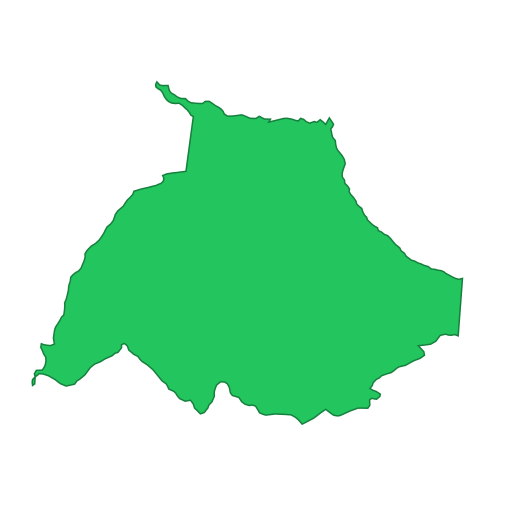 the district of Poranga, Ceará, Brazil, rotated 276°
{"feature_id": "56859067B70222133799440", "entity_name": "Poranga", "entity_type": "district", "adm_level": 2, "iso_a3": "BRA", "parent_name": "Brazil", "parent_adm1": "Ceará", "projection": "robinson", "projection_center": [-41.066, -4.8], "detail": "fine", "context": "isolated", "style": "filled", "palette": "green", "viewbox_px": 512, "rotation_deg": 276, "n_neighbors": 0, "source": "geoboundaries", "source_scale": "gbopen_adm2", "svg_char_len": 4165}
<svg xmlns="http://www.w3.org/2000/svg" viewBox="0 0 512 512"><g transform="rotate(276 256 256)"><path d="M197.7,465.4L255.3,463.7L254.0,460.1L254.5,456.9L255.8,453.1L257.4,449.4L258.5,446.6L259.9,444.5L260.8,441.6L260.9,438.2L261.4,435.6L261.4,431.6L263.5,428.4L264.3,423.9L265.4,420.9L266.0,417.8L267.4,414.7L268.2,410.6L269.7,408.3L271.4,405.4L274.2,403.3L276.5,399.6L279.0,398.2L282.1,393.4L284.9,390.5L287.6,387.8L290.1,384.7L290.9,381.4L292.9,378.4L294.1,374.9L296.8,373.9L297.9,371.1L299.3,368.5L301.5,365.7L303.6,363.0L306.1,362.0L307.9,359.7L310.9,357.7L314.4,356.2L316.2,353.2L318.2,350.7L321.0,349.7L324.4,346.8L327.3,343.6L329.7,341.9L332.4,342.0L335.2,339.7L337.5,336.8L340.7,336.1L343.4,333.7L346.7,333.0L350.3,333.5L353.0,334.1L357.0,335.1L361.3,333.7L364.7,331.2L367.4,328.6L369.8,326.1L372.0,324.7L375.3,323.6L379.1,322.8L381.9,319.9L384.9,318.7L387.3,318.0L390.2,317.1L392.7,318.7L395.2,319.3L401.0,314.5L394.1,311.5L396.4,308.6L398.3,305.6L395.3,302.7L395.8,299.8L393.7,295.5L394.9,291.9L396.8,289.2L397.6,286.0L394.7,283.9L395.0,281.1L395.8,277.6L396.2,272.6L395.7,269.2L390.5,254.7L393.6,256.1L393.1,250.0L395.3,244.6L392.8,241.7L392.5,238.6L392.4,235.5L393.9,230.9L394.9,227.0L393.9,223.1L392.8,218.5L392.1,213.0L394.0,209.5L396.5,208.1L398.3,206.2L399.9,203.5L401.3,199.9L403.3,196.4L404.9,193.3L404.5,189.4L402.2,187.2L401.8,184.5L401.6,180.3L401.6,175.4L402.7,172.4L405.2,169.4L404.8,164.8L405.9,161.1L407.7,158.2L409.2,154.7L411.1,152.8L413.3,151.8L416.4,150.7L415.7,145.1L416.0,142.3L418.8,139.2L416.1,138.3L413.7,138.8L412.3,140.9L410.8,144.0L408.6,146.1L404.8,148.3L401.9,150.9L400.4,153.1L399.3,156.1L399.2,159.7L399.9,163.5L397.9,167.4L395.9,169.8L394.2,172.3L391.5,174.9L389.1,176.7L388.2,179.1L332.9,177.5L332.2,174.6L331.5,171.7L330.7,168.4L329.7,163.6L328.3,158.6L326.3,154.8L323.8,156.2L320.7,156.0L318.2,153.9L317.1,151.5L315.7,149.3L314.7,146.3L313.1,142.2L311.8,138.3L310.3,134.1L309.0,131.1L307.7,127.9L304.1,126.9L300.5,124.2L298.5,122.4L295.4,120.6L291.7,118.9L289.0,116.3L286.4,113.8L282.7,111.8L279.4,111.1L276.5,110.4L273.0,108.4L269.4,104.9L266.2,103.5L262.8,102.3L259.0,100.4L255.2,98.2L251.5,94.9L248.8,91.3L246.2,89.2L243.8,87.4L240.3,85.7L237.1,86.2L232.9,85.5L229.8,84.5L225.6,83.3L222.4,81.0L220.7,78.4L218.4,76.1L215.6,74.0L211.2,73.9L208.5,73.2L205.7,72.9L202.2,73.0L198.1,72.5L193.7,71.9L189.3,70.6L186.9,71.0L182.4,71.2L177.2,71.0L175.0,69.1L171.3,67.6L167.4,65.7L164.3,64.1L161.5,63.5L159.0,63.3L155.7,63.2L153.2,63.1L150.1,64.0L147.4,64.7L145.4,61.0L145.4,57.4L145.6,54.3L146.3,51.7L142.7,51.5L139.6,53.4L136.2,55.2L133.4,57.5L129.8,58.1L126.9,57.9L124.2,57.4L120.2,55.4L119.3,49.5L115.7,47.9L112.6,49.0L116.3,52.8L116.4,56.7L115.2,62.1L112.1,69.1L108.6,74.8L106.8,80.8L109.6,89.0L113.1,91.0L114.9,93.4L119.8,98.2L127.9,103.0L131.6,106.8L134.6,112.3L137.9,116.6L141.8,123.4L144.5,125.9L145.7,128.8L150.7,131.9L153.6,131.5L155.3,134.1L153.3,137.3L149.1,139.4L145.4,144.8L143.8,149.1L141.3,151.2L139.1,153.8L136.5,159.1L131.9,165.7L122.0,175.6L119.4,180.1L117.4,181.6L114.5,183.2L112.8,188.4L111.3,190.4L108.7,192.4L106.2,195.0L104.2,200.7L105.7,205.9L102.4,209.0L98.3,210.8L96.5,213.2L93.2,217.2L94.9,220.9L99.8,224.0L102.8,224.7L106.3,227.4L112.1,229.2L116.5,228.7L120.1,229.3L123.6,230.3L127.2,234.0L127.4,238.0L125.9,240.9L122.7,243.1L117.1,244.9L114.8,247.1L113.5,253.8L109.6,257.0L107.5,260.4L106.6,264.8L107.4,267.9L106.6,271.4L100.4,276.0L99.3,279.5L98.8,282.4L100.9,291.7L101.5,301.7L101.7,307.4L99.8,311.9L97.7,315.1L93.6,319.5L100.8,330.4L106.5,336.4L110.8,341.3L107.2,347.2L105.7,350.1L105.5,353.9L106.2,356.4L112.1,366.5L115.3,373.1L115.8,376.9L116.3,383.1L119.4,384.8L124.8,384.0L126.5,386.0L126.1,390.8L129.2,393.8L131.6,394.1L133.8,389.8L134.8,386.0L136.1,383.2L139.3,385.2L142.1,385.7L145.9,388.6L147.3,391.0L150.1,393.5L152.4,398.3L154.2,402.7L156.9,405.7L159.0,407.6L160.7,409.8L162.9,416.1L168.3,423.8L171.3,429.8L174.9,433.9L178.4,432.9L183.7,426.8L185.6,435.1L186.6,439.0L190.0,443.7L196.3,447.5L198.1,452.7L197.5,455.5L197.6,458.4L198.6,461.9L197.7,465.4ZM112.6,49.0L109.8,46.7L107.2,46.6L103.9,47.3L105.7,49.3L112.6,49.0Z" fill="#22c55e" stroke="#15803d" stroke-width="1.5"/></g></svg>